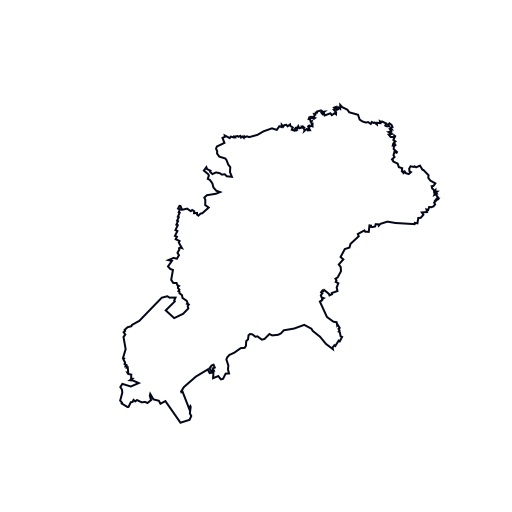 outline of Martínez de la Torre, Veracruz, Mexico, rotated 59°
{"feature_id": "50627088B13774862826934", "entity_name": "Martínez de la Torre", "entity_type": "district", "adm_level": 2, "iso_a3": "MEX", "parent_name": "Mexico", "parent_adm1": "Veracruz", "projection": "mercator", "projection_center": [-97.059, 20.12], "detail": "fine", "context": "isolated", "style": "outline", "palette": "ink", "viewbox_px": 512, "rotation_deg": 59, "n_neighbors": 0, "source": "geoboundaries", "source_scale": "gbopen_adm2", "svg_char_len": 6058}
<svg xmlns="http://www.w3.org/2000/svg" viewBox="0 0 512 512"><g transform="rotate(59 256 256)"><path d="M154.3,252.8L155.9,256.7L161.4,254.8L162.8,255.0L165.0,257.6L167.2,256.3L171.3,256.0L175.4,257.2L179.7,256.4L182.7,253.9L182.0,258.3L178.6,266.8L179.3,270.2L181.7,270.5L186.2,273.3L190.1,271.6L191.7,280.0L191.1,281.7L191.7,284.6L190.1,285.2L188.7,284.4L187.4,287.1L185.9,285.9L183.7,287.0L184.0,288.8L179.9,290.7L178.3,295.6L174.2,295.0L173.6,295.8L175.2,298.4L176.9,297.1L178.8,299.8L179.7,299.2L182.1,302.8L183.0,302.2L185.1,305.5L186.0,304.9L188.1,308.1L189.3,307.2L192.3,311.7L194.1,310.5L197.0,315.1L198.8,313.9L200.2,316.2L203.8,313.8L204.8,315.3L211.0,315.4L209.8,316.4L209.7,318.0L210.9,318.3L212.9,321.7L215.6,321.6L217.6,325.2L215.2,327.6L214.4,333.2L216.9,330.6L219.6,336.8L222.9,336.2L225.2,334.4L232.8,341.0L236.5,340.8L238.2,338.0L240.5,338.4L242.0,337.5L242.1,338.7L243.2,339.4L245.4,339.0L246.2,340.6L247.1,340.0L248.6,340.8L251.4,339.6L254.1,340.6L258.7,338.5L261.3,338.9L261.5,339.7L263.0,338.6L263.8,340.4L266.1,341.0L268.0,348.2L267.1,358.1L256.1,361.4L253.1,349.0L252.0,349.0L250.2,346.4L247.2,351.5L244.8,352.8L243.2,358.3L251.5,389.4L251.2,397.9L252.0,399.0L250.9,402.8L251.7,406.7L252.8,406.8L253.1,408.7L256.0,408.5L257.2,411.3L268.7,415.7L275.0,422.6L275.9,421.9L276.3,422.9L279.9,423.1L280.9,424.3L282.3,423.4L283.2,424.5L283.5,423.4L285.0,424.4L285.3,423.3L289.4,425.2L290.3,425.8L289.8,426.3L291.3,426.3L293.4,424.0L296.6,426.1L297.4,425.2L297.6,428.0L299.6,425.4L304.5,422.0L303.4,430.5L296.8,436.4L298.5,439.8L301.5,439.7L304.3,441.0L310.0,446.9L312.7,446.4L313.2,447.1L319.3,443.9L319.7,443.0L316.9,438.7L317.5,436.9L316.3,435.1L318.4,434.4L318.2,432.2L322.6,429.3L323.9,426.3L326.1,424.8L325.5,420.2L321.1,419.0L319.8,417.7L326.0,417.8L330.1,413.8L333.4,414.0L333.7,408.4L360.0,406.6L362.2,397.3L359.8,393.9L356.9,393.8L351.5,389.6L350.9,389.6L352.7,392.0L334.3,388.8L334.3,390.1L333.6,390.0L331.2,385.3L328.4,369.6L328.4,355.8L332.5,356.0L333.3,353.7L328.3,353.7L327.0,350.5L327.3,348.4L330.4,348.8L330.0,351.0L332.5,351.2L331.9,352.2L333.4,352.1L338.6,355.7L339.5,350.2L343.7,349.6L344.3,347.5L341.2,342.6L342.8,339.6L338.9,338.5L335.6,336.1L329.5,334.7L328.1,333.0L327.1,329.8L327.7,324.4L327.1,316.6L328.9,313.0L327.8,310.9L323.9,308.2L323.4,305.8L320.1,303.2L319.8,301.2L321.4,299.4L324.8,298.2L325.7,296.1L330.7,294.1L331.5,291.5L329.8,284.7L332.4,283.0L334.9,277.7L335.2,274.6L334.0,270.4L337.8,260.8L339.9,250.1L346.8,246.0L349.6,245.9L358.2,242.7L367.4,241.3L375.4,238.1L373.9,237.6L372.9,234.8L374.0,234.4L371.1,228.7L372.3,228.2L369.7,223.9L368.4,224.8L364.2,223.4L363.4,224.0L362.7,222.7L361.0,222.8L360.7,221.3L357.1,221.4L357.4,222.2L354.2,221.0L352.2,223.5L344.8,226.6L327.9,224.7L328.0,222.1L327.1,221.7L327.0,219.7L325.3,221.1L323.1,220.7L322.2,218.4L320.6,218.9L319.8,216.7L320.8,216.4L320.2,215.1L326.1,213.0L327.6,213.3L327.9,210.5L326.8,210.1L328.0,204.2L324.6,203.1L321.8,199.5L319.2,201.0L318.3,199.6L316.4,199.6L316.4,197.0L312.8,191.0L309.2,189.1L305.9,189.4L303.9,182.9L300.4,184.0L295.8,176.3L296.9,171.5L294.3,168.8L292.0,157.8L289.6,157.4L289.9,149.9L291.4,149.9L293.4,146.9L288.2,143.0L289.1,141.8L290.4,142.3L291.3,141.1L292.0,138.7L290.4,137.0L291.8,134.9L293.2,135.2L292.5,132.9L294.2,125.7L299.5,119.5L310.4,103.6L309.4,102.8L311.1,100.8L307.0,97.3L308.1,95.2L306.9,91.3L304.1,91.4L306.4,86.8L303.9,85.9L305.3,84.8L303.2,82.3L304.5,80.6L304.9,78.2L304.0,75.9L302.0,75.8L300.9,71.3L300.4,72.8L299.8,71.2L301.1,70.3L300.7,69.7L295.6,70.2L295.5,71.6L294.3,70.0L295.3,68.9L294.3,68.9L294.1,67.5L293.0,69.1L292.0,68.4L292.5,70.2L291.1,69.5L288.8,70.2L286.7,69.5L287.3,67.7L286.1,64.9L281.2,67.7L277.7,68.1L275.7,66.5L268.4,68.2L267.9,68.9L263.0,68.9L262.4,73.1L260.8,73.9L261.0,74.8L258.7,77.3L260.1,79.8L262.5,80.8L263.9,80.0L264.4,82.9L262.1,85.0L260.6,85.0L260.8,86.5L259.7,85.9L259.8,87.0L258.4,87.3L256.0,85.5L253.4,87.8L249.8,87.0L245.7,89.7L243.6,89.1L243.4,90.5L242.5,86.3L240.5,86.3L238.0,83.7L239.9,82.4L239.5,81.6L235.2,82.9L233.1,81.3L232.8,79.7L231.7,80.6L232.4,80.8L231.8,81.9L230.4,80.5L231.2,79.3L229.8,79.1L229.6,77.5L227.3,78.5L225.0,75.0L224.0,75.4L224.8,77.1L223.3,79.3L220.3,79.7L221.3,76.7L218.1,78.4L219.0,76.0L216.4,75.9L217.5,74.4L215.6,74.7L215.8,72.6L213.6,72.3L211.0,73.3L211.4,75.1L213.2,75.1L212.3,77.0L210.8,78.0L209.5,76.1L205.6,78.7L205.9,79.7L204.4,80.4L206.1,81.1L204.0,83.9L205.5,84.6L202.5,85.8L202.4,86.9L200.8,87.7L201.9,89.6L199.0,90.9L198.2,93.1L195.3,95.6L192.4,96.9L187.5,95.8L180.8,102.1L177.7,102.3L172.7,105.5L169.9,106.0L173.2,108.0L170.9,109.0L172.5,110.2L172.3,111.5L169.4,110.6L169.1,112.4L170.6,111.7L170.5,114.0L174.0,113.3L175.7,114.4L174.1,115.1L174.3,118.5L172.0,118.7L170.9,124.8L169.1,124.3L168.9,125.9L167.8,126.0L167.5,123.1L166.3,125.8L165.5,124.9L164.7,125.3L163.6,129.2L164.5,129.8L163.8,131.0L165.2,132.1L164.3,133.1L165.7,133.3L166.9,135.4L168.1,134.4L168.2,135.6L165.9,135.8L165.2,137.0L166.4,137.2L164.6,138.8L165.8,140.3L166.5,139.2L168.8,139.9L169.2,138.8L170.1,139.9L171.4,140.2L171.7,139.4L174.0,140.8L172.7,141.8L172.8,143.4L171.6,143.4L171.7,144.6L176.0,144.9L175.0,146.9L174.0,146.3L173.2,147.2L173.7,150.1L173.1,149.4L170.6,149.6L170.6,148.6L168.9,149.2L168.5,150.2L169.6,150.4L168.8,153.1L166.5,152.9L168.2,155.3L166.9,154.9L166.6,155.9L167.6,158.2L168.8,157.2L168.6,158.3L166.2,160.3L164.8,158.3L161.9,159.6L160.8,159.1L161.1,162.1L159.1,162.5L158.4,164.3L159.2,166.1L156.7,166.4L158.6,167.7L156.8,169.2L158.6,173.2L154.8,176.6L153.0,185.4L152.9,192.4L150.6,200.6L148.8,202.1L148.5,203.7L149.2,203.8L147.4,204.4L148.5,205.6L146.5,206.2L146.7,207.8L145.0,207.6L144.7,209.7L143.8,209.9L142.9,212.0L143.6,212.5L142.3,213.3L143.0,213.9L140.7,216.1L141.4,217.8L136.6,220.7L137.8,221.1L137.5,223.9L142.8,224.8L142.0,233.2L143.5,235.0L146.2,235.3L148.1,236.6L151.9,236.3L156.6,232.1L158.6,231.9L163.4,232.7L166.6,232.3L170.7,235.1L175.7,235.9L172.6,240.0L169.8,240.7L168.7,243.3L166.4,244.4L163.8,247.2L163.3,251.2L160.1,252.0L159.5,251.1L156.3,253.2L154.3,252.8Z" fill="none" stroke="#020617" stroke-width="2"/></g></svg>